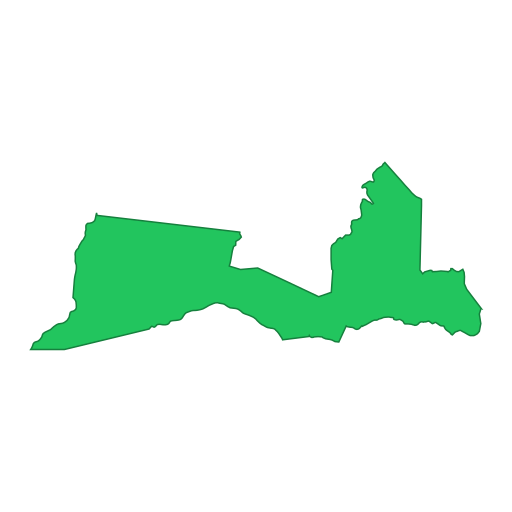 the district of Bois Joli, Dennery, Saint Lucia
{"feature_id": "8701671B16318499791123", "entity_name": "Bois Joli", "entity_type": "district", "adm_level": 2, "iso_a3": "LCA", "parent_name": "Saint Lucia", "parent_adm1": "Dennery", "projection": "natural_earth1", "projection_center": [-60.911, 13.922], "detail": "fine", "context": "isolated", "style": "filled", "palette": "green", "viewbox_px": 512, "rotation_deg": 0, "n_neighbors": 0, "source": "geoboundaries", "source_scale": "gbopen_adm2", "svg_char_len": 5987}
<svg xmlns="http://www.w3.org/2000/svg" viewBox="0 0 512 512"><path d="M480.8,323.6L479.3,314.0L481.0,308.5L481.3,308.6L466.7,289.3L464.3,283.8L464.3,281.9L464.5,276.7L464.1,272.4L462.8,269.3L458.8,271.7L456.4,271.5L454.3,270.3L452.3,268.6L450.9,268.6L450.7,270.3L448.0,271.9L447.4,271.5L440.9,271.0L436.7,271.5L432.4,271.7L431.8,270.5L430.2,270.3L424.7,271.9L422.7,273.8L419.9,270.0L420.0,266.5L421.5,205.5L421.5,199.3L420.5,198.6L419.5,198.1L417.4,197.3L416.2,196.7L414.9,195.7L411.8,192.9L409.2,189.8L405.1,185.4L400.7,180.3L397.8,177.1L396.1,175.2L391.5,170.0L384.9,162.5L384.3,163.2L383.7,163.5L383.1,164.2L382.7,165.0L382.6,165.4L381.9,166.1L381.1,166.7L380.6,166.9L379.9,167.2L379.2,167.7L378.5,168.1L376.8,169.3L375.3,171.2L373.9,172.5L373.6,172.9L373.2,173.6L372.8,174.6L372.8,175.4L373.1,177.7L373.7,179.0L374.2,179.8L374.3,180.4L374.2,180.6L373.7,181.8L373.3,182.1L373.0,182.1L371.1,181.5L370.0,181.2L369.7,181.2L369.2,181.4L367.7,182.1L366.8,182.8L365.4,183.7L364.9,183.9L363.3,184.9L362.9,185.3L362.6,185.7L362.1,186.7L362.0,187.6L362.3,187.9L362.7,187.9L364.2,187.4L365.0,187.3L365.9,187.6L366.6,188.3L367.2,189.8L366.9,191.6L366.9,193.1L367.5,194.9L373.5,203.3L373.4,203.5L373.0,203.7L372.5,204.1L371.8,204.0L371.5,203.8L371.2,203.4L370.7,202.8L370.4,202.5L367.9,201.4L367.5,201.2L367.0,200.7L365.3,199.5L364.6,199.2L363.4,199.1L363.0,199.2L362.7,199.3L362.4,199.7L362.3,200.2L362.5,200.9L362.5,201.2L361.8,202.3L360.8,204.5L360.5,206.4L360.5,207.7L361.1,209.9L361.7,214.6L361.7,215.2L361.5,216.0L361.1,217.0L360.7,217.9L360.2,218.3L359.7,218.5L358.6,218.8L357.7,219.6L357.0,219.8L356.3,219.9L355.0,220.0L354.2,220.1L353.5,220.2L352.5,220.6L352.0,221.1L351.7,221.7L351.6,222.3L351.6,223.4L351.8,223.8L351.7,224.2L351.0,225.8L350.9,226.3L351.1,228.0L351.5,229.0L351.9,230.8L352.0,231.5L351.9,232.0L350.9,233.6L350.7,234.1L350.6,234.4L349.1,235.1L345.6,235.1L342.1,238.7L340.2,237.6L337.8,239.0L335.7,242.4L333.4,243.9L331.8,245.5L331.1,248.3L331.1,259.6L331.8,269.1L332.8,270.3L331.3,292.3L318.7,296.7L284.2,280.4L257.7,268.0L240.5,269.5L229.3,266.1L229.5,265.1L230.2,262.9L230.9,259.2L232.4,250.7L233.6,246.5L235.7,245.2L235.8,241.5L236.4,241.0L239.1,239.5L241.3,237.1L240.7,235.5L239.7,234.0L239.8,232.4L240.4,232.2L97.0,215.4L96.6,212.9L96.2,214.4L95.2,219.2L94.6,220.8L92.4,222.5L89.9,223.2L87.6,223.4L86.4,224.5L85.9,225.8L85.9,228.0L86.0,229.6L85.3,232.0L85.2,233.9L85.5,235.1L85.0,236.5L84.2,237.9L83.4,239.6L82.2,240.8L81.3,242.2L80.1,244.2L78.9,246.4L78.3,248.4L77.3,249.2L76.1,250.7L75.3,252.5L75.1,254.3L75.3,256.2L75.3,258.9L75.2,261.2L75.6,263.0L76.3,265.0L76.4,267.2L76.3,269.3L75.8,272.4L75.1,275.3L74.7,277.4L74.4,279.7L73.0,297.6L74.6,299.1L75.5,300.6L76.0,301.9L76.3,305.1L76.3,307.9L75.6,309.5L73.6,311.0L71.4,311.6L70.3,312.4L69.8,314.1L69.1,317.4L67.0,320.5L64.3,322.5L62.4,323.3L58.4,323.9L56.6,324.7L53.9,326.6L52.2,328.1L50.6,329.6L45.1,332.2L43.2,333.5L42.5,334.7L41.8,337.0L40.0,339.5L38.3,341.0L37.0,341.5L35.3,342.0L34.3,342.5L33.3,343.7L32.6,345.8L31.9,347.5L31.3,348.6L30.7,349.5L64.4,349.5L149.1,329.0L151.5,326.4L151.8,326.3L152.0,326.3L153.8,327.1L154.2,327.1L154.4,327.1L154.8,326.9L155.6,326.3L157.0,324.8L157.6,324.5L158.3,324.4L159.6,324.3L160.0,324.3L162.4,324.7L163.4,324.7L163.6,324.8L165.3,324.8L166.4,324.6L167.6,324.3L168.5,323.7L169.1,323.1L169.6,322.2L170.5,321.2L170.8,321.1L171.8,320.8L173.2,320.6L176.0,320.4L178.7,320.0L180.1,319.6L181.0,319.1L181.7,318.4L182.2,317.9L183.5,315.8L184.8,314.0L185.7,313.1L186.5,312.6L190.2,311.2L191.3,310.8L192.5,310.6L193.0,310.5L195.9,310.4L198.0,310.1L200.4,309.6L202.1,309.1L203.2,308.7L204.1,308.2L206.0,307.2L208.3,305.8L209.4,305.2L211.8,304.2L213.4,303.5L215.2,302.9L216.0,302.8L216.7,302.8L217.0,302.7L217.5,302.7L219.4,303.2L223.0,303.8L223.7,304.0L224.6,304.4L227.8,306.6L229.0,307.2L230.1,307.8L234.2,308.3L235.2,308.4L237.0,308.8L237.8,309.1L238.8,309.6L239.1,309.9L239.4,310.0L241.1,311.3L242.6,312.7L243.6,313.3L245.3,314.0L247.4,314.7L249.1,315.3L252.5,316.8L253.8,317.5L256.0,319.2L257.2,320.6L259.8,323.1L261.0,324.0L261.8,324.6L263.3,325.3L266.3,327.0L267.5,327.5L268.3,327.7L268.7,327.7L270.9,328.2L272.2,328.3L273.8,328.7L274.4,328.9L275.2,329.5L275.8,330.2L277.3,331.6L278.5,333.1L279.2,334.1L280.1,335.5L281.8,338.0L282.5,339.4L282.6,339.8L309.0,336.5L309.3,335.6L309.8,336.4L311.5,337.4L312.9,337.4L314.4,336.9L318.1,336.6L322.0,336.9L323.0,337.7L325.7,338.8L330.2,339.5L332.2,340.1L335.0,341.6L338.8,342.0L346.2,326.0L346.8,326.5L347.9,326.8L350.1,327.2L352.3,327.4L353.5,327.8L355.1,328.9L356.2,329.3L357.2,329.3L358.4,329.0L359.4,328.4L361.9,325.8L362.3,326.1L362.6,326.3L363.3,325.8L366.1,324.6L371.2,321.6L372.8,320.7L373.7,320.4L374.5,320.1L374.9,320.1L376.6,320.1L377.0,320.0L377.4,319.9L378.9,319.0L381.0,318.5L383.5,317.5L383.9,317.4L384.8,317.3L388.2,317.0L389.5,317.1L390.8,317.4L392.5,317.5L393.4,317.7L393.6,318.1L393.6,318.6L393.7,319.1L394.0,319.4L395.2,319.8L396.5,320.0L399.4,319.4L399.8,319.4L400.2,319.5L402.2,320.7L402.9,321.2L403.2,321.5L403.8,322.7L404.3,323.5L404.7,323.8L405.1,323.9L406.1,323.9L407.8,323.9L410.9,324.2L411.8,324.4L413.0,324.8L413.9,325.0L414.7,325.3L415.1,325.3L415.9,325.2L416.4,325.1L417.1,324.8L418.2,324.0L419.4,322.7L420.2,322.2L420.6,322.0L421.0,321.9L421.9,321.8L423.2,322.1L423.6,322.1L424.8,321.8L425.7,321.9L426.1,321.8L427.7,321.3L428.6,321.1L429.0,321.3L429.3,321.4L431.9,323.3L432.3,323.6L432.7,323.6L433.9,323.1L434.7,322.6L435.1,322.5L435.5,322.5L435.9,322.5L436.3,322.8L439.6,325.1L440.4,325.6L441.2,325.8L442.0,325.9L443.3,325.9L443.7,326.1L444.0,326.3L444.3,326.7L444.3,327.2L445.5,329.2L446.1,329.8L446.8,330.4L449.8,332.5L450.1,332.8L450.9,333.9L451.2,334.3L452.0,334.7L452.2,334.9L452.4,334.9L455.0,332.2L456.2,331.6L457.4,331.3L458.6,330.7L459.8,330.4L460.5,330.4L461.2,330.7L462.3,331.4L464.3,332.4L467.7,334.4L469.7,335.4L470.6,335.6L471.0,335.6L473.1,335.6L473.8,335.6L475.0,335.1L477.0,334.0L477.7,333.4L478.8,332.0L479.3,331.4L480.8,323.6Z" fill="#22c55e" stroke="#15803d" stroke-width="1.5"/></svg>